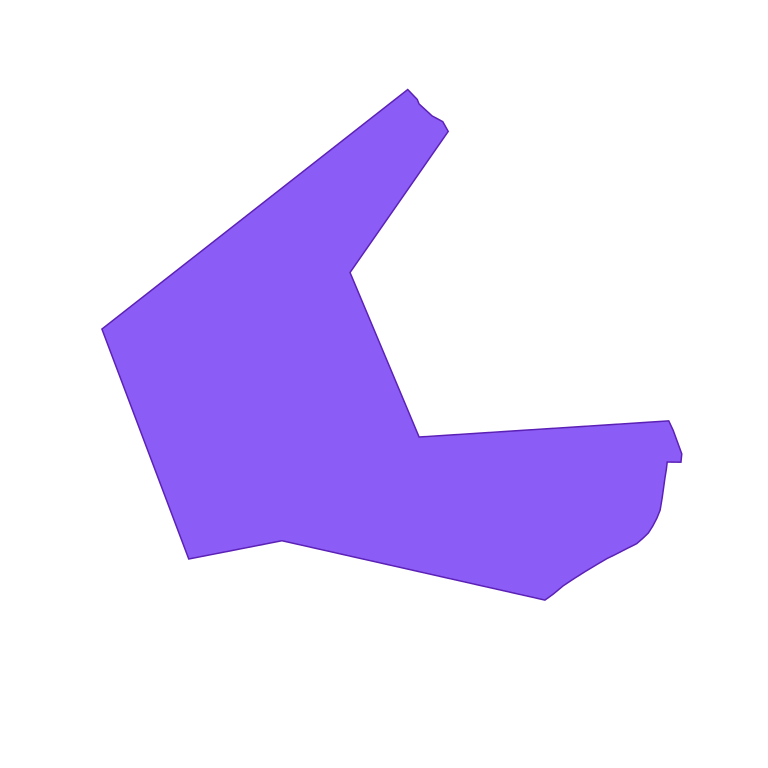 outline of Ukaeb, Melekeok, Palau, rotated 337°
{"feature_id": "81905179B87979542082634", "entity_name": "Ukaeb", "entity_type": "district", "adm_level": 2, "iso_a3": "PLW", "parent_name": "Palau", "parent_adm1": "Melekeok", "projection": "mercator", "projection_center": [134.634, 7.496], "detail": "fine", "context": "isolated", "style": "filled", "palette": "violet", "viewbox_px": 768, "rotation_deg": 337, "n_neighbors": 0, "source": "geoboundaries", "source_scale": "gbopen_adm2", "svg_char_len": 615}
<svg xmlns="http://www.w3.org/2000/svg" viewBox="0 0 768 768"><g transform="rotate(337 384 384)"><path d="M145.8,223.2L135.9,468.8L228.8,488.4L447.7,645.8L457.8,643.5L470.0,639.8L483.4,637.3L494.9,635.4L508.9,633.4L521.1,631.8L529.3,631.4L543.0,630.4L554.3,629.7L562.8,626.9L569.2,624.4L576.0,619.7L582.7,614.2L588.9,608.0L595.7,597.3L602.9,585.3L606.0,580.1L610.5,573.0L614.2,566.5L626.8,572.0L630.8,564.7L631.4,553.3L632.1,539.5L631.7,529.2L395.6,446.5L396.3,268.1L541.8,176.6L540.6,165.5L533.0,156.0L525.7,139.9L525.8,135.1L520.9,122.2L145.8,223.2Z" fill="#8b5cf6" stroke="#5b21b6" stroke-width="1.5"/></g></svg>